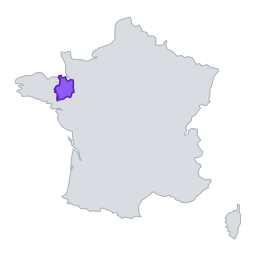 location of Ille-et-Vilaine within France
{"feature_id": "FRA-5308", "entity_name": "Ille-et-Vilaine", "entity_type": "Metropolitan department", "adm_level": 1, "iso_a3": "FRA", "parent_name": "France", "parent_adm1": "", "projection": "mercator", "projection_center": [-1.688, 48.172], "detail": "fine", "context": "in_parent", "style": "filled", "palette": "violet", "viewbox_px": 256, "rotation_deg": 0, "n_neighbors": 0, "source": "natural_earth", "source_scale": "10m", "svg_char_len": 5817}
<svg xmlns="http://www.w3.org/2000/svg" viewBox="0 0 256 256"><path d="M210.2,101.8L208.3,102.8L207.1,105.0L205.9,105.5L203.7,105.5L202.6,104.2L200.0,105.0L198.9,106.4L200.5,108.1L195.3,114.9L191.9,116.7L191.2,121.2L187.3,124.5L185.8,128.0L185.7,128.7L186.7,129.8L186.3,132.1L184.3,133.5L184.3,135.0L184.9,135.2L187.9,134.0L189.1,132.7L188.4,130.8L191.5,128.6L197.0,129.1L197.6,132.1L196.9,134.7L200.8,140.1L197.4,142.6L197.2,144.3L200.7,149.7L202.9,151.9L201.7,155.5L198.0,157.8L195.7,157.6L194.6,158.2L194.7,159.3L196.4,162.6L200.4,164.7L201.0,167.1L199.9,168.0L198.0,171.7L198.8,173.5L198.5,174.3L198.9,175.6L200.0,176.8L205.5,179.9L210.5,179.3L211.2,181.1L208.1,185.9L208.3,188.0L206.7,188.0L206.4,188.8L203.3,190.4L198.4,195.2L196.0,196.6L195.1,199.0L193.7,200.3L186.6,203.1L185.2,202.4L181.8,202.5L179.6,200.8L175.4,199.7L174.1,197.2L170.2,196.7L170.0,195.0L164.5,196.6L156.8,194.3L154.1,191.8L151.9,192.4L149.9,194.6L141.6,200.5L138.4,206.4L139.0,213.4L140.9,216.8L135.8,216.3L132.8,217.3L132.1,218.7L125.0,217.0L122.3,218.5L121.6,218.4L120.7,216.9L117.2,215.3L117.7,214.1L117.2,213.1L113.9,212.3L112.8,213.3L111.6,211.3L102.4,208.1L100.9,208.2L100.3,211.3L94.3,211.2L93.5,210.6L89.7,211.3L85.6,208.4L81.1,208.9L78.3,205.9L75.6,205.7L71.8,204.2L70.1,203.3L69.9,202.4L68.7,203.8L67.3,203.5L67.0,203.1L67.9,201.4L68.1,199.4L63.4,198.0L62.1,196.6L62.1,195.8L64.6,195.2L66.9,192.4L69.1,182.5L70.7,170.6L71.9,168.4L73.4,167.7L72.2,166.1L70.7,168.3L71.6,157.3L73.3,148.9L77.3,152.4L78.3,153.8L79.4,158.8L81.7,160.8L80.2,158.8L78.8,152.3L77.9,150.4L71.5,144.9L71.3,143.6L74.1,144.3L72.9,140.1L72.3,131.3L68.4,130.4L62.2,126.7L57.9,119.9L57.4,117.4L58.5,114.7L57.6,113.0L55.7,111.8L57.1,109.4L58.4,109.2L62.9,110.5L59.2,108.3L53.3,109.1L50.9,108.3L50.5,106.7L52.1,104.6L50.1,103.3L46.7,103.6L46.3,103.1L47.3,101.6L46.4,101.0L43.7,101.6L42.1,101.1L40.6,99.4L36.1,99.0L35.1,98.0L28.9,96.0L22.4,96.4L20.6,93.0L16.7,91.3L17.5,90.2L21.4,89.2L22.2,88.2L19.3,86.8L18.3,85.4L23.6,85.1L21.2,83.6L16.0,83.7L15.4,81.6L16.0,79.5L19.0,77.6L26.4,75.5L31.9,75.4L35.7,73.0L39.5,72.3L43.0,73.5L47.9,79.5L51.8,76.9L57.6,77.0L58.8,78.5L60.3,75.7L61.6,77.3L68.7,76.8L67.0,75.7L65.7,73.1L65.4,63.6L61.8,56.7L60.9,54.1L61.1,52.0L65.3,52.4L68.8,51.4L70.5,52.0L70.9,56.5L72.4,59.1L82.1,59.9L87.7,61.3L92.5,58.8L96.9,57.7L97.2,57.1L94.7,57.3L92.4,56.2L92.0,55.0L93.3,51.5L100.0,47.6L109.9,44.3L112.5,42.1L115.4,38.1L114.7,37.0L115.2,26.0L116.6,22.4L120.4,19.7L130.1,17.1L131.3,20.6L131.2,22.6L133.7,25.7L135.0,26.7L139.2,25.0L141.2,27.9L141.8,31.2L146.9,32.5L148.4,36.7L149.3,35.8L152.5,36.0L154.0,36.3L156.0,38.2L155.4,40.7L156.3,41.9L155.4,44.2L156.0,45.2L161.9,45.2L163.6,44.2L164.4,41.9L166.2,40.5L166.8,40.9L165.7,45.2L166.5,46.3L166.9,49.4L169.1,49.7L173.4,52.1L177.0,56.2L181.4,55.5L184.9,57.7L188.6,56.6L192.0,57.8L193.2,59.0L196.3,64.6L198.8,63.5L200.5,64.2L201.1,65.8L207.6,64.8L208.8,66.4L210.1,67.0L218.4,69.1L218.4,71.2L213.7,77.2L211.6,85.6L210.2,88.5L209.7,90.7L210.1,92.2L209.8,94.5L208.8,99.9L209.4,101.5L210.2,101.8ZM239.5,208.8L239.1,211.9L240.3,214.2L240.6,223.2L238.3,227.5L237.9,232.8L234.9,238.9L230.3,236.2L228.9,234.7L230.2,232.3L227.5,231.0L228.2,228.7L227.9,227.6L226.0,227.4L225.9,226.8L227.3,225.1L227.3,223.9L225.5,222.6L225.1,221.3L226.9,219.9L226.1,218.7L225.1,218.4L227.5,214.3L229.1,213.0L232.7,211.9L234.1,210.4L236.5,211.2L236.9,210.8L237.7,204.2L238.5,204.2L239.3,205.0L239.5,208.8ZM71.8,140.6L71.2,142.5L68.8,139.1L68.5,137.3L71.8,140.6Z" fill="#d9dde1" stroke="#a8b0b8" stroke-width="1"/><path d="M59.6,79.5L59.4,79.3L59.4,79.1L59.2,78.7L59.2,78.3L59.3,78.3L59.4,78.5L59.6,78.6L59.5,78.4L59.3,78.2L59.2,78.2L58.8,78.0L58.5,77.3L58.4,77.0L58.4,76.8L58.6,76.6L58.7,76.4L59.0,76.4L59.0,76.1L59.1,75.9L59.8,75.9L59.7,75.7L61.3,75.4L61.3,75.5L61.2,75.6L61.3,75.7L61.4,75.9L61.0,76.5L61.0,77.1L61.4,77.5L62.1,77.7L63.2,77.7L64.4,77.5L65.2,77.1L65.3,77.0L65.4,77.3L65.4,77.6L65.6,77.9L65.8,78.4L65.9,78.7L66.0,78.8L66.1,79.2L66.1,79.4L66.3,79.7L66.7,80.5L66.9,80.7L67.2,80.9L67.4,81.1L67.5,81.2L67.8,81.3L68.1,81.3L68.6,81.1L68.8,81.0L69.1,80.6L69.3,80.5L69.7,80.4L69.8,80.3L69.9,80.2L70.1,80.1L70.3,79.7L70.7,79.5L71.1,79.6L72.7,80.0L72.9,80.3L73.3,80.4L73.3,81.4L73.3,81.8L73.3,82.2L73.5,84.0L73.5,84.5L73.4,84.8L73.1,85.5L73.0,85.9L73.0,86.1L73.1,86.3L73.2,86.6L73.3,86.7L73.3,86.8L73.3,87.3L73.5,88.1L73.5,88.3L73.4,88.4L73.4,88.5L73.5,90.1L73.5,90.3L73.8,90.6L73.9,90.8L73.9,91.2L73.9,91.5L74.0,91.9L74.0,92.1L73.9,92.2L73.8,92.3L73.7,92.4L73.5,92.5L73.4,92.5L72.8,92.5L72.6,92.6L72.3,92.7L72.2,92.9L71.9,93.2L71.9,93.3L71.8,93.5L71.7,93.8L71.5,94.6L71.4,95.0L71.3,95.3L71.2,95.6L71.0,96.2L71.0,96.4L70.9,96.5L70.6,97.4L69.0,97.1L68.8,97.0L68.6,96.9L68.6,96.7L68.4,96.5L68.3,96.4L68.1,96.4L67.8,96.3L67.3,96.4L67.1,96.5L66.9,96.7L65.3,97.5L64.9,97.7L64.8,97.9L64.7,98.0L64.5,98.3L64.2,98.6L63.8,98.8L61.9,99.4L61.7,99.5L61.4,99.4L61.0,99.2L59.8,99.6L59.5,99.8L59.0,99.8L58.5,99.9L58.4,99.9L58.3,100.0L58.1,100.2L57.6,100.4L57.4,100.8L57.2,100.7L57.2,100.0L57.1,99.8L57.0,99.5L56.9,99.3L56.9,98.9L56.9,98.7L57.0,98.5L57.3,98.5L57.6,98.5L57.8,98.4L57.9,98.2L57.7,97.9L57.1,97.9L56.9,97.8L56.9,97.5L57.0,97.4L57.6,97.2L57.8,97.0L57.9,96.8L58.0,96.4L58.0,96.1L57.9,95.8L57.7,95.8L57.1,95.8L57.2,95.5L57.2,94.8L57.3,94.3L57.3,94.1L57.2,93.8L57.2,93.5L57.1,93.3L56.9,93.1L56.2,92.6L54.8,92.3L54.6,92.1L54.6,91.7L54.8,91.3L55.8,91.0L56.0,90.7L55.9,90.4L55.6,90.3L55.3,90.4L55.1,90.4L55.0,90.2L54.7,89.6L54.6,89.4L54.3,89.1L54.5,88.9L54.9,88.6L55.2,88.4L55.3,88.1L55.4,87.5L55.5,87.3L55.8,87.1L56.0,86.4L56.2,86.2L56.3,86.1L57.0,86.1L57.2,85.9L57.4,85.5L57.8,85.3L58.2,85.3L58.7,85.6L59.1,85.6L59.4,85.1L59.5,84.9L59.4,84.4L59.4,84.2L59.6,84.1L59.8,84.0L59.9,83.8L59.9,83.6L59.6,82.2L59.7,81.7L60.1,81.1L60.3,80.7L60.3,80.3L60.0,79.4L59.9,79.2L59.6,79.5Z" fill="#8b5cf6" stroke="#5b21b6" stroke-width="1.5"/></svg>